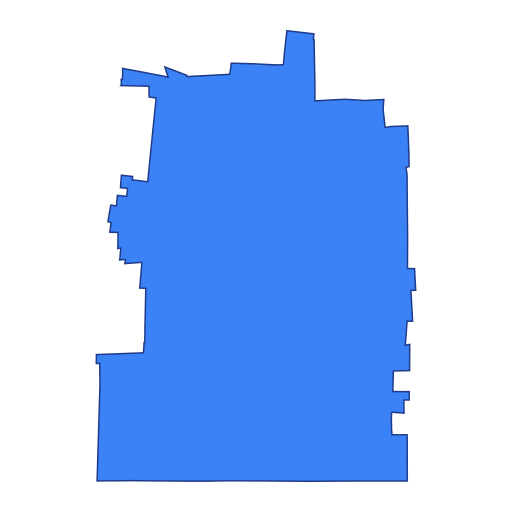 the district of Calakmul, Campeche, Mexico
{"feature_id": "50627088B56172328383937", "entity_name": "Calakmul", "entity_type": "district", "adm_level": 2, "iso_a3": "MEX", "parent_name": "Mexico", "parent_adm1": "Campeche", "projection": "natural_earth1", "projection_center": [-89.72, 18.488], "detail": "fine", "context": "isolated", "style": "filled", "palette": "blue", "viewbox_px": 512, "rotation_deg": 0, "n_neighbors": 0, "source": "geoboundaries", "source_scale": "gbopen_adm2", "svg_char_len": 3238}
<svg xmlns="http://www.w3.org/2000/svg" viewBox="0 0 512 512"><path d="M97.1,480.9L126.1,480.7L130.8,480.6L136.9,480.7L146.4,480.8L186.7,481.1L187.1,481.1L206.6,481.1L209.8,481.1L211.0,481.0L221.8,480.9L230.8,480.8L231.6,480.8L239.5,480.8L251.3,480.9L257.3,480.9L261.2,480.9L310.5,481.3L332.8,481.1L356.9,481.0L357.8,481.0L358.5,481.0L360.2,481.0L362.4,481.0L364.1,481.0L366.0,481.0L367.6,481.0L370.4,481.0L373.3,481.0L375.5,481.0L377.5,481.0L379.6,481.0L380.9,481.0L384.4,481.0L385.9,481.0L387.2,481.0L390.2,481.0L392.2,481.0L393.6,481.0L396.5,481.0L407.3,481.0L407.2,439.3L407.1,434.8L396.2,434.8L393.0,434.7L392.9,434.7L391.9,434.7L391.7,430.8L391.6,430.6L391.5,428.2L391.5,424.3L391.4,422.9L391.4,421.8L391.4,421.6L391.4,416.8L391.5,416.2L391.5,415.9L391.5,415.3L391.5,414.4L391.6,412.3L394.7,412.4L395.5,412.5L404.0,413.1L403.9,405.5L403.9,405.3L403.9,404.8L403.9,404.4L403.9,403.8L403.9,402.4L403.9,400.0L409.2,400.0L409.2,398.7L409.2,393.6L409.3,391.7L407.2,391.7L399.6,391.6L392.8,391.5L393.4,371.0L403.7,370.7L403.8,370.7L409.6,370.6L409.6,360.5L409.7,344.4L405.3,345.3L407.1,321.2L412.6,321.2L410.9,290.4L413.3,290.3L415.7,290.3L414.9,275.9L414.7,270.7L414.5,268.6L412.1,268.6L407.5,268.5L407.5,260.4L407.6,235.5L407.1,184.8L407.1,177.2L406.9,174.3L406.9,173.3L406.6,171.5L405.9,167.5L409.1,166.5L408.9,151.9L408.7,148.9L408.3,137.4L407.8,125.9L391.3,126.5L385.1,127.4L383.1,109.3L383.8,99.5L364.7,100.5L345.4,99.3L332.6,99.9L314.9,100.9L314.9,84.9L314.2,47.1L314.1,39.9L313.4,39.9L313.9,33.9L286.9,30.7L284.5,52.1L283.4,64.8L276.0,64.9L261.2,64.2L253.5,63.8L231.3,63.2L229.8,74.3L198.1,76.0L186.8,76.6L186.8,75.3L164.9,67.0L168.0,77.0L122.6,68.4L122.6,74.4L122.5,79.3L121.2,79.3L121.4,84.4L121.1,84.9L120.7,85.6L149.0,86.2L149.1,97.0L156.2,98.0L154.6,113.1L149.4,164.8L147.7,181.8L140.9,180.9L140.3,180.8L138.9,180.7L136.9,180.4L135.6,180.3L134.9,180.2L133.7,180.0L132.3,179.9L132.5,177.6L132.6,176.5L130.6,176.2L128.5,176.0L126.3,175.8L123.7,175.5L121.4,175.2L121.1,179.6L120.9,181.7L120.7,184.0L120.6,186.3L120.5,187.7L127.5,188.4L127.4,190.0L126.9,194.5L126.8,195.8L126.7,196.4L124.2,196.1L122.6,195.9L121.4,195.8L120.6,195.7L120.1,195.7L119.5,195.6L119.0,195.5L118.5,195.5L117.9,195.4L117.4,195.4L116.6,204.5L116.4,206.0L115.6,205.9L115.0,205.8L113.7,205.5L112.5,205.3L112.2,205.2L111.9,205.2L110.8,205.1L110.7,205.2L110.5,206.5L109.9,210.4L109.7,211.4L109.4,212.9L109.1,215.3L108.5,218.3L108.0,221.8L109.0,222.0L110.0,222.2L110.1,222.3L111.0,222.5L110.6,226.4L110.5,226.8L110.3,228.7L109.8,232.2L110.8,232.2L111.8,232.3L112.8,232.3L118.0,232.4L118.0,232.6L118.0,233.1L118.0,233.8L118.0,234.7L118.0,235.6L118.0,235.8L118.0,236.5L118.0,238.3L117.9,239.7L117.9,240.4L117.9,241.5L117.9,241.8L117.9,242.5L117.9,243.0L117.9,244.0L117.9,244.5L117.9,245.5L117.9,246.6L117.9,247.0L117.8,248.5L118.4,248.4L119.2,248.3L120.0,248.2L120.6,248.1L120.9,248.1L120.7,250.0L120.5,251.7L120.3,253.8L120.2,254.9L120.1,255.8L120.0,257.6L119.8,258.8L119.6,259.9L125.5,259.5L124.8,263.6L134.3,262.9L141.9,262.4L140.5,279.3L139.7,288.1L145.8,288.3L145.2,316.7L145.0,324.9L144.8,342.4L144.1,342.4L143.5,352.8L96.4,354.6L96.3,363.5L99.7,363.5L100.0,384.2L99.7,394.5L99.1,413.7L97.1,480.9Z" fill="#3b82f6" stroke="#1e3a8a" stroke-width="1.5"/></svg>